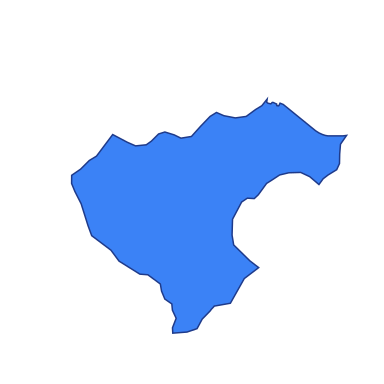 Kankan, Robinson projection, rotated 302°
{"feature_id": "GIN-5641", "entity_name": "Kankan", "entity_type": "Prefecture", "adm_level": 1, "iso_a3": "GIN", "parent_name": "Guinea", "parent_adm1": "", "projection": "robinson", "projection_center": [-8.816, 10.042], "detail": "fine", "context": "isolated", "style": "filled", "palette": "blue", "viewbox_px": 384, "rotation_deg": 302, "n_neighbors": 0, "source": "natural_earth", "source_scale": "10m", "svg_char_len": 1313}
<svg xmlns="http://www.w3.org/2000/svg" viewBox="0 0 384 384"><g transform="rotate(302 192 192)"><path d="M310.6,206.5L307.7,207.8L307.5,209.1L308.0,210.7L308.5,212.0L308.9,212.3L309.7,212.4L310.5,212.6L311.0,213.5L311.3,216.2L311.5,217.1L311.3,217.4L310.7,217.6L310.2,218.2L310.8,219.6L311.4,219.9L314.0,219.6L314.6,223.0L309.5,263.7L309.4,265.2L309.4,268.6L309.9,272.2L310.6,275.0L311.6,277.5L319.6,290.3L321.9,293.1L311.2,292.6L302.5,297.1L294.3,302.0L287.6,302.9L278.6,298.4L272.7,296.2L265.6,295.7L267.4,283.7L266.2,273.8L259.6,263.9L252.9,257.3L244.6,253.5L238.8,250.7L224.8,249.7L219.4,248.3L216.1,242.2L209.8,239.4L190.4,240.8L176.7,248.8L169.2,255.4L164.3,277.5L163.2,288.6L146.3,282.2L118.0,283.5L107.0,271.3L106.5,271.3L102.5,270.5L101.2,270.5L89.6,268.0L78.8,268.7L70.6,262.0L62.1,250.5L66.5,247.4L76.5,245.5L81.4,238.0L86.4,234.2L86.8,225.7L91.8,218.7L97.2,213.9L98.4,198.4L94.7,191.3L94.7,166.8L99.7,154.1L101.8,130.1L108.4,121.6L123.3,104.2L130.4,92.4L135.4,85.4L142.4,81.1L152.3,85.4L164.3,88.2L171.8,92.0L198.7,94.3L199.9,110.8L201.2,119.7L207.8,128.2L213.6,130.6L223.5,132.9L228.5,137.2L231.0,146.6L231.8,154.1L238.8,162.1L252.5,164.5L265.7,167.3L272.4,170.6L273.6,178.6L277.8,189.5L284.8,197.9L295.6,202.2L302.2,205.5L310.6,206.5Z" fill="#3b82f6" stroke="#1e3a8a" stroke-width="1.5"/></g></svg>